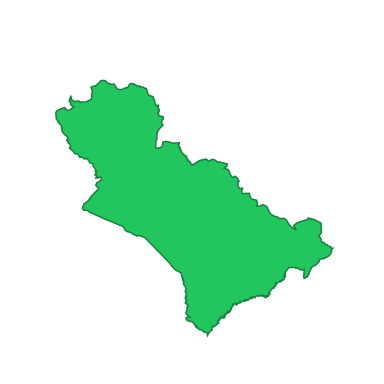 Tolon, Northern, Ghana, rotated 337°
{"feature_id": "2480657B36155100412367", "entity_name": "Tolon", "entity_type": "district", "adm_level": 2, "iso_a3": "GHA", "parent_name": "Ghana", "parent_adm1": "Northern", "projection": "albers", "projection_center": [-1.197, 9.557], "detail": "fine", "context": "isolated", "style": "filled", "palette": "green", "viewbox_px": 384, "rotation_deg": 337, "n_neighbors": 0, "source": "geoboundaries", "source_scale": "gbopen_adm2", "svg_char_len": 6042}
<svg xmlns="http://www.w3.org/2000/svg" viewBox="0 0 384 384"><g transform="rotate(337 192 192)"><path d="M150.3,330.0L154.3,327.1L156.3,327.1L157.7,324.2L158.4,323.9L158.8,324.3L159.1,323.9L159.6,324.5L161.9,324.1L163.5,323.3L163.6,322.8L165.2,323.1L165.8,322.2L165.4,322.0L165.3,320.8L167.0,320.6L166.7,320.2L167.5,319.6L167.9,320.0L168.4,319.4L169.5,319.6L169.4,318.5L169.9,317.9L171.6,319.2L171.5,320.1L172.3,319.8L173.2,320.4L173.5,317.9L174.9,318.4L175.0,317.5L176.7,317.5L176.6,316.7L177.9,316.1L178.2,317.1L179.0,316.4L179.2,317.3L179.7,317.1L180.0,316.5L180.5,316.5L180.3,316.0L182.4,315.4L182.2,314.3L184.2,313.4L185.6,311.5L186.0,312.3L186.7,311.5L188.2,312.0L189.0,311.5L189.2,311.8L188.4,312.6L188.6,313.3L191.5,312.4L193.0,312.9L193.5,311.5L194.0,312.4L197.0,312.4L197.2,312.9L198.0,312.1L198.2,312.4L198.3,311.9L199.0,311.9L199.1,312.8L200.1,313.4L200.7,312.5L202.0,313.5L204.0,312.3L204.5,313.1L205.6,313.4L205.3,312.4L205.7,312.7L206.5,312.2L207.6,313.1L207.4,313.5L208.0,313.0L208.3,313.4L209.0,313.1L209.0,313.7L210.1,313.0L211.4,312.9L212.5,314.0L213.3,313.4L213.4,313.9L215.0,314.6L215.6,314.9L216.1,314.2L216.6,315.1L217.1,315.0L217.0,316.1L217.9,315.9L217.8,316.8L218.7,316.7L218.1,317.2L218.5,318.1L219.8,317.4L219.8,317.8L221.1,317.7L221.3,317.1L221.9,317.6L222.8,316.7L222.7,316.0L223.8,316.1L223.4,315.4L223.9,314.4L225.3,314.0L226.8,312.6L228.0,312.3L228.7,312.6L229.2,311.9L230.2,312.2L230.0,311.6L230.6,311.0L231.8,311.3L232.3,310.3L233.3,310.3L233.2,308.9L234.1,309.5L234.5,308.8L237.0,308.9L238.5,308.1L238.8,309.4L239.9,308.6L240.3,308.7L240.7,308.0L241.1,307.9L241.7,308.7L242.8,308.1L243.5,307.0L244.9,306.4L245.0,305.4L244.2,305.2L244.9,304.9L244.5,304.6L245.2,303.7L245.3,304.1L246.3,303.5L246.2,302.1L247.3,302.0L251.4,299.5L256.2,301.1L258.1,302.8L259.3,303.3L261.2,305.8L263.8,307.2L265.0,307.2L261.6,313.9L261.4,315.2L262.0,315.5L264.9,315.0L267.3,313.5L269.6,310.6L273.8,307.6L277.4,307.6L282.3,305.3L283.6,303.7L287.2,304.9L293.5,304.3L297.1,301.6L298.4,299.0L299.3,298.8L298.4,298.5L298.5,296.9L296.1,294.8L296.1,293.8L293.9,291.8L293.7,290.2L292.8,289.2L292.1,289.2L291.5,287.6L292.3,286.1L292.0,281.5L295.1,280.4L298.6,271.1L294.0,265.4L288.9,261.4L288.8,262.0L287.2,262.5L279.4,261.5L276.5,261.5L273.9,262.1L272.4,262.9L272.2,263.5L272.8,264.4L273.0,266.9L271.9,266.2L269.8,262.9L268.6,259.9L268.0,254.7L266.8,252.4L262.2,250.7L260.7,248.2L258.5,246.7L255.6,242.7L255.1,234.6L252.4,231.3L249.2,231.5L246.2,230.5L247.8,228.1L248.2,224.8L244.9,222.3L243.6,220.5L244.2,215.6L238.6,213.4L237.5,212.4L237.8,211.0L240.1,208.2L237.7,207.5L236.5,205.3L238.2,200.7L239.5,200.6L239.2,197.2L238.0,194.4L234.9,194.5L234.0,190.3L234.4,188.1L234.0,185.5L230.9,182.6L234.3,182.0L234.6,180.8L235.5,180.0L229.2,175.2L227.1,174.4L225.8,171.7L223.3,169.7L219.2,170.3L218.2,167.6L216.7,166.9L211.1,166.0L202.8,167.4L202.9,166.8L202.1,166.4L202.1,164.1L201.6,164.1L201.9,162.8L200.4,162.2L200.9,160.6L200.5,160.7L200.4,160.1L200.8,159.8L200.2,157.7L200.9,156.9L199.9,156.3L199.4,154.4L198.8,154.4L198.4,151.6L197.6,150.3L198.4,149.0L197.5,147.1L198.2,146.5L197.5,146.2L198.1,145.3L197.6,144.6L197.8,143.6L198.5,143.3L198.4,142.6L199.3,142.3L199.5,141.7L192.7,139.3L190.5,136.9L187.1,134.9L184.5,134.9L182.6,138.3L180.9,138.8L177.1,138.2L175.9,137.0L178.5,131.3L180.7,129.1L181.1,127.2L183.5,123.4L186.3,121.2L191.5,119.1L190.9,117.5L191.5,115.5L192.7,113.9L194.1,113.5L194.8,112.3L194.6,111.1L191.7,109.2L191.3,108.3L191.8,107.3L191.2,106.9L191.7,105.7L192.7,105.5L193.6,104.4L194.0,103.1L193.5,100.9L194.9,99.8L194.9,98.9L193.7,99.1L192.5,98.1L192.9,97.5L192.6,95.6L193.4,93.0L193.1,91.2L193.5,89.5L192.5,88.1L191.4,87.6L191.1,86.6L190.1,86.4L189.7,85.5L190.4,79.5L190.0,78.4L188.8,77.9L188.2,76.5L186.0,75.6L185.8,74.5L184.9,74.6L184.4,73.5L182.9,72.9L180.8,69.9L180.2,70.0L179.9,69.3L178.2,68.3L176.7,68.4L174.1,70.5L170.7,70.3L170.3,69.9L167.9,70.4L165.1,69.2L163.4,68.0L162.5,62.1L159.9,61.5L158.8,60.1L157.5,59.6L155.4,55.4L152.4,54.0L151.0,54.1L150.6,54.6L144.8,56.6L142.7,56.0L140.0,56.1L139.8,59.9L136.9,64.9L136.8,66.1L134.5,67.5L128.9,67.6L123.9,65.2L123.2,63.9L119.0,62.7L116.9,59.4L117.8,58.0L117.8,56.7L114.5,60.2L115.1,63.1L114.5,63.6L114.7,65.1L115.1,65.6L115.6,65.5L116.3,67.2L117.2,67.9L115.4,67.6L112.2,68.7L110.2,68.6L108.8,67.6L107.7,64.4L106.9,64.3L101.2,64.3L99.1,64.7L97.7,65.6L95.8,71.3L96.5,77.0L97.7,79.9L96.1,85.6L97.5,90.2L97.8,90.1L98.6,91.6L98.9,94.4L97.0,95.2L96.8,95.8L97.9,97.7L97.2,98.8L98.2,100.2L98.2,102.0L97.7,103.1L96.7,103.3L96.9,103.9L96.5,104.1L97.5,105.1L97.1,105.9L98.4,107.2L99.3,111.2L101.6,111.9L102.2,116.1L104.5,117.2L105.9,118.9L105.7,119.4L106.6,119.9L108.9,120.2L108.8,121.8L109.4,123.3L109.1,124.9L111.8,127.2L111.2,129.6L112.0,133.9L111.9,134.5L111.1,134.9L112.0,135.9L111.5,136.0L110.8,138.0L109.7,137.7L109.5,138.1L109.4,138.5L110.4,139.1L110.4,140.0L109.0,141.5L110.0,141.5L110.2,141.9L110.6,141.3L111.0,142.3L111.5,142.0L114.2,142.9L112.8,145.6L108.9,146.4L108.3,146.1L106.4,147.7L106.1,149.4L107.5,151.5L106.8,152.8L98.1,156.3L93.6,159.3L87.9,160.9L85.2,163.5L84.7,165.1L85.2,166.4L88.5,168.0L89.5,170.1L101.3,182.9L113.8,195.6L114.6,196.0L115.7,198.7L115.3,200.3L115.7,201.4L117.0,203.0L117.5,203.1L117.5,203.9L118.6,204.3L120.6,206.4L121.4,208.2L122.4,208.6L123.8,210.9L125.0,210.9L127.6,212.4L130.9,215.7L144.0,249.6L144.2,251.8L146.5,257.6L150.0,261.7L150.3,262.6L149.4,267.4L149.9,267.9L149.3,268.8L149.6,269.2L149.1,269.4L149.4,271.4L148.3,273.0L148.3,275.0L148.9,275.6L148.6,278.6L147.6,280.8L146.9,280.7L147.0,283.0L146.6,284.4L145.8,285.2L146.0,285.7L145.1,285.9L144.3,287.2L144.7,287.5L144.2,287.9L144.6,289.7L143.8,289.9L142.5,291.5L142.9,291.7L142.8,292.4L143.6,292.6L143.9,293.3L143.5,293.8L144.1,294.2L144.2,295.4L142.6,295.8L141.1,298.8L139.1,300.9L139.2,302.4L141.1,306.3L139.1,305.4L137.5,305.5L137.0,306.7L137.5,308.5L142.0,312.2L142.6,315.1L144.1,317.1L142.8,317.0L143.1,318.3L144.3,319.8L144.9,321.5L146.5,322.4L148.3,324.7L148.0,325.2L150.5,327.2L151.0,328.3L150.3,330.0Z" fill="#22c55e" stroke="#15803d" stroke-width="1.5"/></g></svg>